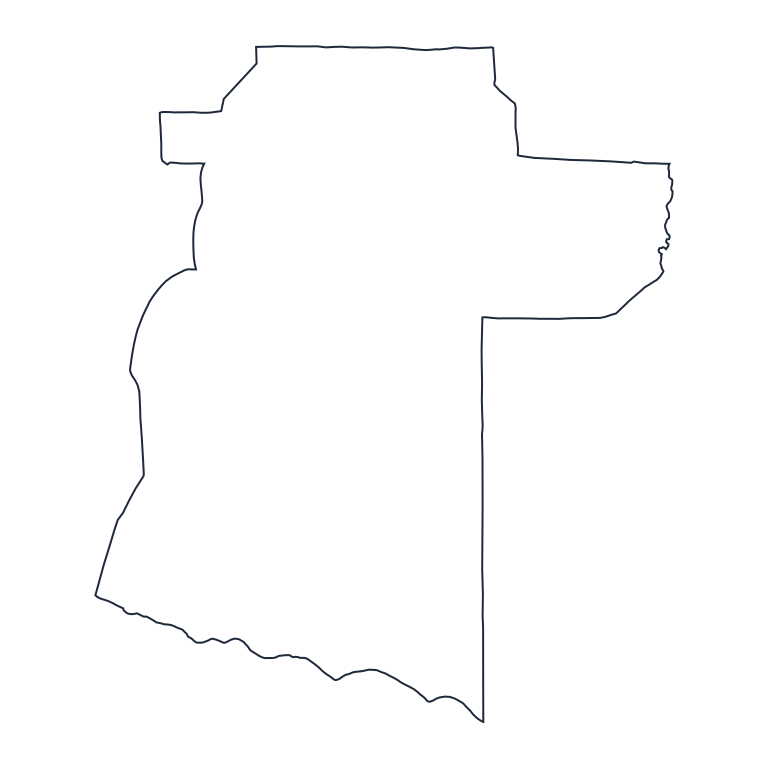 Siem Reap, Siemréab, Cambodia (Natural Earth projection)
{"feature_id": "14789045B16739970374251", "entity_name": "Siem Reap", "entity_type": "district", "adm_level": 2, "iso_a3": "KHM", "parent_name": "Cambodia", "parent_adm1": "Siemréab", "projection": "natural_earth1", "projection_center": [103.853, 13.34], "detail": "fine", "context": "isolated", "style": "outline", "palette": "slate", "viewbox_px": 768, "rotation_deg": 0, "n_neighbors": 0, "source": "geoboundaries", "source_scale": "gbopen_adm2", "svg_char_len": 5277}
<svg xmlns="http://www.w3.org/2000/svg" viewBox="0 0 768 768"><path d="M271.7,46.6L256.1,46.9L256.6,63.5L223.8,98.9L221.2,111.1L210.2,112.6L206.0,112.8L200.2,112.7L193.5,112.2L186.5,112.3L180.1,112.3L173.6,112.4L169.6,112.1L165.5,112.0L161.8,112.1L159.8,112.8L159.9,119.6L160.5,126.6L160.9,136.1L161.3,144.0L161.3,150.1L161.4,157.5L162.3,160.8L164.9,162.7L166.3,163.8L167.5,164.5L168.9,163.3L170.1,162.6L172.3,162.6L176.0,162.9L180.2,163.4L186.6,163.6L193.3,163.5L199.6,163.3L202.3,163.6L204.2,163.6L202.9,166.4L202.3,168.0L201.1,172.1L200.4,178.1L200.8,184.6L201.3,189.2L202.0,196.7L202.3,201.2L201.8,204.1L199.7,208.8L198.2,211.7L196.9,214.8L195.3,220.2L194.2,226.1L193.5,232.1L193.3,237.2L193.3,244.5L193.5,251.4L193.8,257.5L194.7,263.7L195.6,267.6L196.0,269.4L192.6,269.5L188.7,269.2L185.4,269.9L180.2,272.4L176.6,274.2L172.1,276.6L166.1,281.0L161.4,285.8L158.1,289.7L153.9,295.1L149.6,301.6L147.3,306.5L146.4,308.2L143.2,314.9L140.3,322.2L137.5,329.8L135.6,336.9L133.8,345.2L132.0,355.3L130.8,363.8L130.1,368.6L130.2,371.5L131.9,375.5L135.1,380.3L137.4,384.6L139.3,391.6L139.7,398.9L140.1,408.2L140.4,418.9L141.1,428.0L141.9,439.2L142.7,453.4L143.2,462.0L143.8,474.1L143.5,476.1L135.6,488.5L129.1,500.5L123.0,512.9L117.8,519.8L114.4,530.0L110.1,544.4L103.6,565.4L95.4,595.3L96.9,596.6L99.4,598.1L100.8,598.6L102.5,599.3L104.6,599.8L106.8,600.6L108.6,601.2L112.5,603.0L115.1,604.5L117.8,605.9L119.4,606.6L120.7,607.2L123.1,608.3L123.7,610.3L125.1,611.6L126.1,612.4L127.4,613.4L129.5,614.0L131.8,614.2L133.3,614.0L135.1,613.8L137.0,613.3L140.7,615.2L142.4,616.0L144.0,616.7L146.0,616.5L147.8,617.2L150.8,618.9L152.7,620.0L154.5,621.1L156.0,622.2L157.7,622.7L159.1,622.9L160.7,623.3L162.2,623.6L163.9,624.3L165.8,624.4L167.7,624.5L170.9,625.0L173.8,626.0L177.7,627.9L181.1,629.1L182.6,629.8L185.4,632.7L186.7,633.8L187.6,635.8L188.3,636.9L190.5,637.9L192.2,639.1L193.8,640.6L195.2,641.8L196.3,642.4L197.7,642.7L200.2,642.7L202.2,642.6L204.0,642.1L206.7,641.1L208.4,640.4L210.5,639.2L212.6,638.7L216.3,639.7L218.2,640.4L220.1,641.2L222.8,642.5L224.7,642.8L227.2,641.8L230.8,639.8L234.5,638.6L237.0,638.9L239.4,639.4L240.9,640.4L242.2,641.1L244.0,642.3L245.5,644.2L247.5,646.1L248.8,648.0L250.1,650.0L252.0,651.4L254.3,652.8L256.6,654.2L258.4,655.4L260.2,656.4L262.6,657.5L265.1,658.1L269.5,658.0L272.9,658.0L275.6,657.5L278.9,655.9L282.3,655.5L285.1,655.2L286.8,655.2L288.5,655.1L290.3,655.5L291.3,656.4L293.2,657.2L295.3,656.8L297.8,657.0L299.7,657.8L301.7,657.9L304.4,657.9L307.1,658.7L308.9,659.9L310.6,661.2L313.0,662.9L315.3,664.6L318.6,667.2L320.4,669.0L322.8,671.3L325.9,673.8L328.7,675.6L331.1,677.2L333.7,679.3L335.3,680.1L337.4,679.7L339.6,678.8L342.0,677.0L344.1,675.7L346.1,674.6L348.2,674.3L353.3,672.2L356.7,671.7L360.4,671.4L364.8,670.6L368.8,669.7L372.6,669.8L374.9,670.0L376.9,670.2L381.6,672.2L385.3,673.4L387.4,674.6L389.0,675.5L393.5,677.7L397.9,680.2L400.6,682.2L405.2,684.7L409.0,686.5L413.9,689.2L417.6,692.0L419.9,694.3L422.3,696.0L425.2,698.5L426.9,700.6L428.1,701.5L430.0,701.7L433.0,700.6L436.4,698.6L439.8,697.4L444.8,696.6L449.9,696.9L455.2,698.7L458.7,700.7L463.0,703.2L465.7,706.2L468.0,708.5L470.5,711.1L473.0,714.3L475.4,716.6L477.9,718.8L481.7,721.3L483.3,721.9L483.2,688.9L483.1,627.0L482.6,616.3L482.9,593.7L482.2,569.7L482.4,537.7L482.6,506.7L482.5,459.3L482.3,448.5L482.0,434.9L482.7,426.2L482.1,411.3L481.8,399.3L482.1,384.0L481.7,362.1L481.6,349.2L481.7,344.9L482.1,329.4L482.4,317.4L485.6,317.2L490.1,317.7L497.9,318.4L507.4,318.3L516.4,318.3L523.2,318.4L531.8,318.5L540.3,318.8L552.3,318.8L558.9,318.9L568.4,318.3L576.3,318.1L584.9,318.1L592.5,318.0L600.2,317.9L605.1,316.9L611.1,314.9L614.0,314.0L615.6,313.7L617.0,312.6L620.4,309.3L623.7,306.2L629.1,300.9L632.7,297.8L636.6,294.5L641.0,290.7L644.6,287.4L649.1,284.7L653.1,282.1L656.8,279.9L659.6,277.1L661.4,274.6L662.9,272.4L663.4,271.1L661.8,268.3L661.2,265.5L660.4,263.5L660.9,260.7L661.5,257.5L661.0,255.8L661.9,254.3L660.6,253.4L658.9,251.9L658.6,249.9L659.6,248.1L661.6,248.0L662.9,247.1L665.1,248.1L666.0,249.2L667.4,247.2L668.3,246.0L668.4,243.9L667.3,243.3L666.1,241.9L666.7,239.3L669.0,239.1L669.7,237.1L669.3,235.2L668.3,234.5L667.1,233.1L666.0,230.1L665.4,228.4L665.1,227.0L665.1,224.9L665.6,223.6L666.7,220.6L667.4,219.2L669.0,217.9L669.0,215.7L669.0,214.3L668.5,212.0L667.4,209.3L666.5,206.1L667.3,204.6L668.5,202.9L670.1,201.5L671.8,197.7L672.4,194.7L672.6,191.5L671.4,190.0L671.3,187.4L672.1,184.7L672.4,180.6L671.7,179.2L669.8,178.1L668.9,176.6L669.1,174.0L669.0,172.3L669.1,170.7L668.4,169.1L668.7,165.7L669.5,163.8L662.6,163.7L653.4,163.3L645.6,163.3L633.8,161.6L631.2,162.8L611.2,161.4L591.2,160.5L570.0,159.9L555.0,158.9L534.3,157.9L522.3,156.2L520.3,155.9L517.8,155.3L518.0,148.7L517.5,142.5L516.2,132.9L515.5,127.5L515.5,120.2L515.5,114.2L515.7,107.7L514.8,103.4L511.1,100.6L507.8,97.5L503.9,94.2L499.5,90.5L496.9,87.5L494.6,85.2L494.3,83.0L495.2,79.1L493.2,49.1L493.0,47.7L491.4,47.3L488.3,47.6L482.8,47.8L477.0,48.2L470.0,48.4L459.8,47.6L454.4,47.5L446.6,48.8L439.2,49.4L435.7,49.3L431.8,49.7L425.5,50.1L414.1,49.3L403.5,47.9L395.0,47.5L388.3,47.2L379.3,47.5L372.3,47.6L362.5,47.3L352.3,47.5L342.0,46.7L334.2,46.9L326.2,47.4L317.0,46.3L308.7,46.4L298.5,46.4L292.4,46.3L286.0,46.2L277.1,46.1L271.7,46.6Z" fill="none" stroke="#1e293b" stroke-width="2"/></svg>